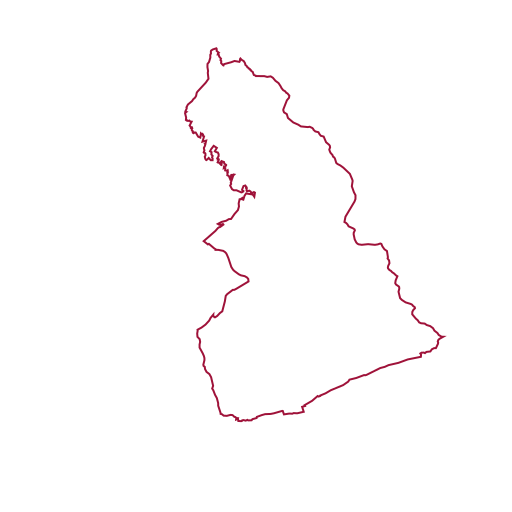 Capreni, Gorj, Romania, rotated 140°
{"feature_id": "2599482B54330131448455", "entity_name": "Capreni", "entity_type": "district", "adm_level": 2, "iso_a3": "ROU", "parent_name": "Romania", "parent_adm1": "Gorj", "projection": "equal_earth", "projection_center": [23.598, 44.73], "detail": "fine", "context": "isolated", "style": "outline", "palette": "rose", "viewbox_px": 512, "rotation_deg": 140, "n_neighbors": 0, "source": "geoboundaries", "source_scale": "gbopen_adm2", "svg_char_len": 6119}
<svg xmlns="http://www.w3.org/2000/svg" viewBox="0 0 512 512"><g transform="rotate(140 256 256)"><path d="M282.7,286.4L281.0,285.0L277.8,281.0L277.2,278.9L277.1,277.2L277.5,275.5L278.5,272.2L282.0,263.4L282.4,260.2L282.2,258.3L280.9,253.0L280.0,250.9L277.6,247.8L276.7,245.3L276.7,243.4L278.1,241.3L291.9,243.5L294.3,244.0L295.6,245.0L302.7,245.3L304.8,244.9L309.1,241.2L317.4,235.3L320.3,235.5L324.2,235.0L326.7,235.3L327.2,235.8L327.1,236.6L327.4,237.6L326.5,238.5L330.5,237.8L333.4,236.6L338.8,235.9L343.8,236.2L348.2,237.1L348.8,236.2L350.9,234.4L352.8,231.7L352.6,228.5L354.0,226.1L356.1,224.5L358.1,222.1L359.4,215.6L360.2,212.9L361.1,211.0L362.4,209.4L366.2,206.6L366.8,205.5L366.5,204.0L367.7,202.2L368.4,199.0L367.6,195.5L368.3,192.0L372.3,184.1L374.8,182.6L375.0,180.7L376.6,176.0L377.3,172.4L379.5,167.7L381.2,165.6L384.0,158.6L384.6,157.8L383.8,156.7L383.4,154.5L381.1,152.3L377.7,150.7L376.4,149.4L376.1,148.5L376.0,146.8L375.3,145.8L375.2,144.5L374.6,143.9L376.1,143.8L376.4,143.5L374.4,142.9L375.6,141.0L373.6,139.1L373.0,138.7L372.3,139.0L371.1,138.4L369.7,136.5L367.9,136.0L367.7,135.1L365.0,133.0L363.6,133.3L359.7,131.5L358.8,132.2L353.8,130.4L350.7,129.0L346.3,125.6L343.4,124.0L335.5,120.5L335.1,120.1L336.4,116.7L332.1,114.1L329.4,111.8L328.2,111.5L325.5,109.0L319.6,106.0L317.6,110.8L314.9,109.6L314.7,110.5L306.1,109.0L298.8,109.1L298.4,108.1L296.7,107.5L296.4,107.8L291.0,106.1L285.0,105.1L272.3,101.1L266.1,100.5L263.9,101.2L257.6,98.1L249.7,95.3L249.1,94.5L247.8,93.9L232.8,90.3L228.6,88.3L224.6,87.2L215.6,82.6L206.2,79.2L194.5,72.8L193.0,74.3L192.8,75.7L191.3,75.5L189.5,74.1L189.0,73.0L187.1,73.0L183.8,70.8L181.2,71.5L178.7,70.9L177.4,69.8L173.0,71.8L172.1,72.6L171.7,73.7L170.3,74.5L168.7,74.6L164.5,73.8L165.7,74.9L166.8,78.1L166.5,80.3L167.3,84.1L166.8,86.9L167.6,90.3L169.6,93.4L170.2,95.8L172.8,98.4L173.7,100.3L173.4,102.8L173.8,105.3L173.8,110.9L172.2,112.7L170.4,113.5L167.8,113.8L167.3,114.7L167.8,117.0L167.7,118.3L168.3,119.8L171.2,124.3L172.5,128.6L172.7,131.1L169.8,137.0L167.2,138.9L166.3,140.2L166.2,140.9L167.1,144.2L166.8,145.7L164.6,147.6L160.7,149.6L161.2,151.1L161.5,154.1L162.1,155.9L162.2,157.9L162.8,159.5L162.8,161.7L162.4,162.4L161.2,163.4L158.4,164.7L156.9,167.1L156.8,169.5L155.7,170.3L152.5,175.6L153.3,178.6L153.0,182.1L152.2,184.7L152.8,185.7L155.2,186.6L157.7,188.1L162.5,193.0L167.8,196.6L169.9,199.0L170.4,200.3L170.5,201.9L169.7,205.3L167.3,209.8L166.2,211.0L163.8,212.1L163.4,213.0L163.7,214.4L166.0,219.2L165.6,221.4L165.7,223.3L166.4,225.2L162.2,228.6L145.5,234.4L143.2,235.7L140.7,238.6L140.0,241.9L137.8,247.8L133.7,251.4L133.1,252.7L131.3,258.6L132.3,267.5L133.2,271.2L134.4,274.0L134.7,275.7L133.0,279.7L132.7,281.2L133.1,282.5L132.5,284.3L132.6,287.0L132.3,288.3L131.5,290.4L129.4,291.6L128.6,293.0L128.5,294.1L129.2,298.1L127.4,304.0L129.1,306.5L129.0,308.8L128.6,310.7L130.5,313.3L130.8,315.6L130.5,316.8L130.6,317.9L131.8,320.5L133.4,321.4L138.3,326.4L139.2,329.4L141.6,334.3L142.8,341.2L141.2,344.9L142.2,348.0L141.6,349.8L140.9,350.7L132.3,355.4L129.0,356.0L127.4,357.4L127.4,360.4L127.9,361.5L127.8,363.4L128.6,365.6L128.5,368.2L128.0,370.5L127.6,374.0L128.5,377.7L128.5,381.7L129.3,384.2L132.3,386.0L134.0,388.4L140.4,393.9L140.3,394.3L141.3,396.1L140.2,399.1L140.7,400.8L140.4,401.5L140.8,402.3L140.5,403.1L141.1,404.3L140.8,405.1L141.3,406.1L141.0,407.4L141.3,409.2L140.5,410.7L140.1,413.1L140.9,415.5L141.0,417.3L141.7,417.1L142.9,415.8L143.9,415.4L147.1,419.2L150.5,420.4L156.9,423.4L157.3,423.5L158.4,422.9L158.6,423.3L158.7,426.3L157.3,427.6L157.3,428.9L156.0,429.6L156.0,432.5L155.2,434.1L155.3,434.6L155.8,435.0L155.0,435.6L153.8,435.6L154.3,438.4L153.0,439.9L152.9,440.6L156.4,442.0L158.4,442.2L159.2,441.6L160.4,440.0L161.7,439.5L163.5,437.3L167.3,434.8L169.7,434.3L171.8,431.9L173.8,428.5L175.2,427.3L178.5,422.3L183.0,421.1L195.4,419.5L196.7,419.0L198.9,417.2L200.8,416.5L203.4,416.4L205.3,415.8L210.8,415.8L213.7,414.6L213.8,414.0L214.4,413.5L217.3,412.1L217.4,411.7L216.9,411.1L218.5,411.1L220.5,407.0L222.2,405.3L221.7,404.7L222.0,404.3L221.8,403.8L220.9,402.9L220.0,402.6L219.9,401.2L219.0,400.3L223.0,398.6L223.0,397.0L223.5,396.2L222.4,395.8L222.7,394.8L223.6,394.6L224.3,393.6L224.2,392.1L224.8,391.8L225.1,390.7L224.9,390.2L223.4,390.0L222.8,389.3L223.6,384.6L222.6,382.5L219.4,385.3L219.3,384.2L218.5,384.0L218.6,382.9L219.4,382.3L218.9,381.0L223.5,378.0L220.0,376.4L222.3,374.7L223.0,374.8L223.0,374.1L224.7,373.0L226.3,372.4L226.9,371.7L227.6,370.1L229.5,369.0L229.5,368.5L228.9,367.8L228.9,367.0L230.1,365.5L231.4,365.0L232.4,363.0L232.5,361.7L232.4,361.4L231.1,361.3L229.2,361.5L229.1,358.5L227.7,357.3L226.6,358.5L226.2,359.9L224.9,360.5L224.9,362.5L223.3,364.1L223.9,365.8L221.6,366.7L217.6,367.6L216.5,364.0L220.2,362.7L219.7,361.2L218.7,359.8L219.2,358.0L220.5,356.5L222.9,355.7L222.8,355.1L223.2,354.7L222.4,354.2L222.6,353.6L225.2,352.4L224.9,351.7L223.9,350.9L224.3,349.5L224.0,349.1L224.2,348.2L224.0,347.9L222.3,349.4L222.1,350.7L221.4,350.9L220.1,348.5L220.9,347.2L220.3,345.0L220.8,344.5L222.2,344.6L222.9,345.2L224.1,344.1L223.4,344.0L223.0,343.1L224.6,341.4L223.5,340.0L222.6,339.9L223.1,339.0L224.1,338.5L224.0,338.1L224.7,337.9L224.9,337.3L226.1,336.3L225.4,334.7L226.4,331.5L225.7,331.7L225.0,332.6L222.8,334.0L222.3,333.6L222.3,332.9L220.8,332.9L220.4,332.4L221.6,332.3L228.3,328.3L228.7,327.2L230.5,326.6L231.4,322.7L230.8,320.7L228.7,318.9L226.4,314.2L225.7,313.8L224.2,313.6L223.9,313.8L224.3,315.0L224.0,315.8L220.6,317.6L218.9,316.9L219.0,315.6L219.6,314.9L219.1,314.7L219.3,314.0L221.0,312.5L221.3,311.4L219.1,310.3L218.7,308.7L218.9,308.0L218.5,307.2L217.4,306.3L216.5,306.3L216.1,305.2L219.2,302.5L219.0,304.6L219.3,305.6L223.4,310.3L226.1,309.5L229.5,307.3L230.0,308.1L228.9,308.7L228.9,309.2L231.5,309.5L232.1,310.0L235.5,307.4L237.2,304.9L240.3,302.8L245.5,302.0L251.3,300.4L253.1,301.7L256.2,302.2L260.4,304.2L264.6,305.1L264.1,303.7L263.3,303.1L263.4,302.6L262.9,302.2L261.2,302.0L260.7,301.5L260.8,301.0L265.0,301.3L265.6,301.7L267.2,301.9L271.0,301.3L286.5,301.0L285.4,295.8L284.3,295.6L283.1,288.6L282.4,286.5L282.7,286.4Z" fill="none" stroke="#9f1239" stroke-width="2"/></g></svg>